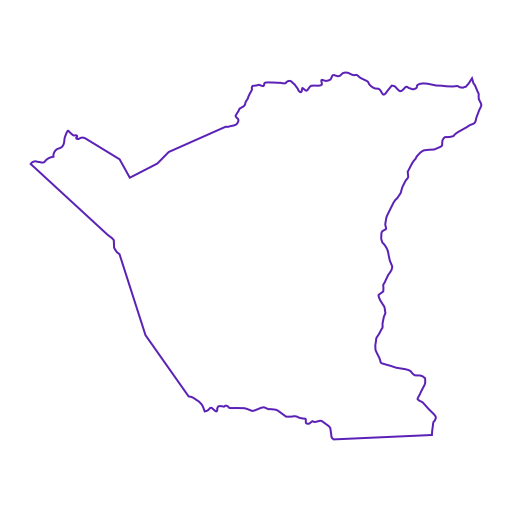 the district of San Juan de Opoa, Copán, Honduras
{"feature_id": "27666195B15597094221722", "entity_name": "San Juan de Opoa", "entity_type": "district", "adm_level": 2, "iso_a3": "HND", "parent_name": "Honduras", "parent_adm1": "Copán", "projection": "mercator", "projection_center": [-88.695, 14.809], "detail": "fine", "context": "isolated", "style": "outline", "palette": "violet", "viewbox_px": 512, "rotation_deg": 0, "n_neighbors": 0, "source": "geoboundaries", "source_scale": "gbopen_adm2", "svg_char_len": 5910}
<svg xmlns="http://www.w3.org/2000/svg" viewBox="0 0 512 512"><path d="M431.9,435.0L432.2,430.7L433.3,422.5L433.6,421.8L434.8,420.5L435.4,419.2L435.8,417.8L435.6,416.5L434.9,415.4L433.8,414.1L428.9,409.3L422.9,402.6L422.2,402.1L419.4,400.7L417.7,399.4L417.6,399.0L417.6,398.6L418.2,397.3L420.0,394.0L421.1,391.5L424.5,385.0L424.9,383.9L425.2,382.9L425.2,381.2L425.2,379.3L425.0,378.1L424.1,377.5L422.6,376.3L421.2,375.8L420.1,375.5L415.8,375.4L414.6,375.2L412.4,373.5L411.2,371.8L410.7,371.3L409.6,370.6L408.3,370.0L405.4,369.2L396.1,367.7L391.1,366.0L382.7,363.6L381.4,363.1L380.9,362.7L380.6,362.2L380.2,360.5L379.5,358.3L376.8,352.9L375.6,350.3L375.4,348.5L375.3,345.1L375.9,341.7L376.2,338.7L376.6,337.6L379.2,333.7L381.5,329.2L382.5,327.8L382.6,326.2L382.5,323.8L382.6,323.0L383.9,316.7L385.0,314.1L385.4,313.0L384.6,307.8L384.3,306.7L383.8,305.9L381.1,301.8L379.9,299.7L378.9,297.1L378.5,295.6L378.5,295.2L379.1,294.5L383.2,291.5L383.4,289.5L383.4,287.0L383.2,285.6L383.3,284.9L383.8,283.8L384.7,282.4L388.1,275.1L390.1,272.3L391.3,270.3L391.9,268.7L392.2,267.2L392.2,266.5L391.9,265.6L390.3,261.8L389.8,260.5L388.7,255.4L388.1,252.1L387.6,250.3L386.7,248.3L385.2,245.8L383.9,244.1L382.6,242.9L381.7,240.6L381.3,239.2L381.2,238.1L381.4,233.5L381.7,232.3L382.2,231.4L383.8,230.3L385.5,229.4L386.0,228.9L386.1,228.3L385.3,224.9L385.3,223.8L386.3,217.8L387.0,215.8L389.0,211.7L393.7,202.3L395.4,199.9L397.2,198.2L400.7,193.0L402.0,188.2L402.7,186.4L405.8,180.3L407.3,178.7L408.1,177.2L408.2,176.3L407.7,171.8L412.2,163.1L413.7,160.9L415.7,158.6L416.5,156.8L417.2,155.9L420.3,152.6L422.1,151.3L423.5,150.5L424.4,150.3L428.5,149.8L434.2,149.5L440.5,146.8L441.5,146.1L442.1,145.4L442.3,141.2L442.5,140.4L443.4,138.6L444.7,137.3L445.3,137.1L449.4,137.0L451.6,136.6L453.3,136.1L453.8,135.7L454.6,134.7L455.7,133.7L457.8,132.2L467.0,127.0L469.2,125.5L470.6,124.8L473.5,123.7L474.5,123.0L475.0,122.4L475.7,120.7L476.3,117.9L478.6,111.7L479.4,109.7L480.3,108.0L481.0,106.3L481.3,105.5L481.3,104.8L480.8,103.1L478.8,99.2L478.6,96.1L478.7,94.1L478.5,93.3L477.4,91.2L474.9,85.1L473.5,83.4L472.0,78.3L468.5,83.7L466.5,86.0L465.7,86.8L464.5,87.0L463.0,87.6L462.3,87.7L461.2,87.4L460.1,87.4L457.9,86.2L457.3,86.0L452.5,86.5L446.7,86.3L441.4,85.7L436.1,85.5L427.5,83.7L423.1,83.4L419.8,83.9L418.1,84.7L417.4,85.1L417.1,85.6L416.9,86.1L416.9,87.0L416.6,87.7L415.7,88.5L414.8,88.9L413.1,89.3L412.2,89.2L410.7,88.6L408.8,88.0L407.2,86.9L406.2,86.8L405.6,87.0L403.6,89.1L402.0,90.6L401.1,91.0L400.4,91.2L399.6,91.0L398.3,90.0L396.7,88.4L395.7,87.2L395.0,86.5L393.5,85.9L391.8,85.6L391.4,85.9L390.7,86.9L387.4,90.9L385.5,93.5L384.7,94.2L383.8,94.6L383.2,94.5L382.5,93.9L380.7,90.9L380.0,89.9L379.2,89.2L377.8,88.6L375.9,88.6L375.0,88.4L373.7,87.9L372.6,87.3L370.7,85.9L369.7,84.8L368.9,83.8L368.4,82.4L367.5,81.4L366.0,80.6L360.6,78.0L359.4,77.1L358.2,76.0L357.2,75.2L356.0,74.9L354.1,75.2L353.2,75.1L351.5,74.5L348.5,73.0L346.8,72.6L344.8,72.6L343.2,73.0L342.4,73.5L339.9,75.8L339.0,76.1L338.0,76.2L337.1,76.1L334.2,75.1L333.2,75.1L332.7,75.3L332.3,75.7L330.8,79.1L329.8,79.9L328.3,80.5L326.9,80.8L325.7,80.9L324.8,80.7L323.0,80.1L322.0,79.9L321.6,80.0L321.4,80.2L321.3,80.6L321.9,83.9L321.8,84.5L321.5,84.9L320.7,85.3L319.0,85.7L313.3,85.6L311.1,85.8L309.9,86.7L307.5,90.0L306.6,90.7L306.2,90.7L305.7,90.4L304.7,89.8L303.3,88.5L302.4,88.1L302.2,88.5L301.6,91.4L301.3,91.9L300.8,92.2L299.9,91.9L298.8,90.9L298.4,90.3L297.8,88.9L294.8,84.7L293.2,83.3L291.5,81.6L290.4,81.0L289.1,80.9L287.9,81.2L286.4,82.1L285.7,83.1L284.8,83.4L282.9,83.3L281.1,82.9L274.6,82.6L268.0,82.4L265.5,82.6L264.9,82.8L264.6,83.1L264.2,83.9L264.0,85.3L263.7,85.7L263.2,86.1L261.2,85.7L260.0,85.1L258.9,84.9L258.3,84.9L257.0,85.4L252.8,85.9L252.4,86.1L251.8,87.5L251.8,88.1L252.0,89.2L251.8,89.9L251.1,91.5L250.0,93.3L248.4,96.6L247.8,98.6L245.7,101.8L245.2,103.8L244.7,105.1L243.8,106.2L239.5,108.7L238.6,110.8L235.8,115.3L235.6,116.0L235.8,116.6L236.8,117.8L238.1,119.0L238.4,120.2L238.3,121.3L237.8,122.4L237.1,123.6L236.3,124.4L235.2,125.0L233.7,125.5L230.8,126.1L228.0,126.8L227.1,126.9L225.7,126.7L168.7,152.0L157.4,163.5L129.8,177.7L119.6,159.3L85.2,138.3L83.6,137.7L82.2,137.6L80.6,137.9L78.6,139.0L77.6,139.0L76.6,138.7L76.3,138.4L76.2,137.9L76.4,137.5L76.9,137.1L77.2,136.7L77.2,136.2L76.9,135.7L76.4,135.4L75.9,135.2L74.3,135.5L73.2,135.3L71.0,133.5L68.6,131.1L68.1,130.7L67.7,130.9L66.8,132.3L65.2,136.2L64.6,138.2L64.1,142.4L63.6,144.2L63.2,145.2L62.3,146.5L61.2,147.4L60.1,148.0L57.3,149.0L56.3,149.7L55.2,150.8L54.4,151.9L53.7,153.6L53.4,155.0L53.5,156.7L50.8,157.3L48.6,158.2L46.3,159.8L44.5,161.9L43.7,162.4L42.8,162.5L41.3,162.5L39.5,162.0L38.3,162.0L36.2,161.4L35.0,161.3L33.7,161.6L32.5,162.1L31.4,163.0L30.9,163.8L30.7,164.0L107.6,234.8L112.2,238.3L113.8,240.2L114.1,247.7L115.3,249.9L116.8,252.1L119.5,254.2L145.5,335.2L188.6,396.4L191.3,396.9L193.3,397.8L199.1,401.7L201.9,404.7L203.0,406.8L204.7,411.4L206.7,410.9L208.3,410.0L210.2,407.9L211.6,407.8L215.3,411.0L216.2,411.4L216.9,411.0L217.3,409.8L217.2,408.4L218.1,406.6L218.4,406.4L219.3,406.1L220.4,406.1L222.3,406.3L223.9,406.7L224.4,406.5L225.1,405.8L225.9,405.7L226.7,405.8L227.4,406.1L228.3,406.8L229.0,407.7L229.8,408.0L231.5,408.1L236.1,408.0L244.4,408.2L246.9,408.9L252.1,410.9L253.3,410.8L255.0,410.3L260.6,408.0L262.0,407.6L263.5,407.3L264.3,407.4L268.5,409.2L270.5,409.1L274.0,409.5L275.7,409.7L276.9,410.1L278.4,411.0L286.0,416.6L287.6,416.7L290.4,416.7L291.9,416.6L293.9,416.2L295.4,416.3L296.9,416.6L298.9,417.6L300.3,418.0L302.7,418.5L304.5,418.6L305.2,418.7L305.6,419.0L305.8,419.6L305.8,421.9L305.9,422.8L306.5,423.4L307.3,423.7L308.4,423.8L309.0,423.7L310.5,422.7L311.8,421.5L312.4,421.2L312.9,421.3L313.9,421.9L314.5,422.0L315.6,421.9L319.9,420.8L320.9,420.8L321.7,421.0L327.0,424.8L329.0,426.3L329.9,427.5L330.3,428.1L330.4,428.9L331.2,434.2L331.5,436.9L331.7,437.5L332.4,438.4L333.7,439.4L431.9,435.0Z" fill="none" stroke="#5b21b6" stroke-width="2"/></svg>